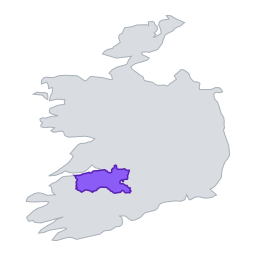 location of Limerick within Ireland
{"feature_id": "IRL-726", "entity_name": "Limerick", "entity_type": "County", "adm_level": 1, "iso_a3": "IRL", "parent_name": "Ireland", "parent_adm1": "", "projection": "equal_earth", "projection_center": [-8.682, 52.516], "detail": "fine", "context": "in_parent", "style": "filled", "palette": "violet", "viewbox_px": 256, "rotation_deg": 0, "n_neighbors": 0, "source": "natural_earth", "source_scale": "10m", "svg_char_len": 6917}
<svg xmlns="http://www.w3.org/2000/svg" viewBox="0 0 256 256"><path d="M173.0,30.8L165.8,34.4L164.7,35.8L162.7,41.3L162.5,42.9L158.0,49.1L155.5,50.4L151.7,51.4L149.5,52.4L146.8,51.9L143.3,52.0L141.6,53.1L141.7,53.9L142.7,54.9L149.1,57.8L148.8,58.9L147.0,60.3L135.5,63.6L132.1,65.7L130.9,67.0L132.1,69.2L141.3,75.9L142.9,76.7L144.3,80.6L152.4,82.2L155.7,84.7L158.6,85.3L164.8,85.1L167.3,86.0L168.7,85.3L169.5,84.0L176.4,79.2L174.2,75.7L181.2,69.6L183.1,69.7L186.4,71.5L189.2,74.1L190.1,77.5L192.7,80.7L194.4,81.7L198.8,82.3L199.9,83.6L199.2,88.1L199.8,89.6L211.2,89.5L215.7,87.5L219.7,87.8L221.7,89.9L222.6,91.9L219.2,92.7L215.6,92.3L213.9,93.7L213.9,96.3L215.1,99.7L217.5,102.1L219.5,107.6L221.2,113.6L223.7,117.3L224.3,121.8L224.0,124.0L224.5,128.1L223.5,129.5L224.3,133.3L228.7,145.5L229.7,155.0L227.7,158.6L225.0,162.0L223.3,166.0L222.0,170.4L221.3,177.5L215.4,185.7L212.9,187.8L210.0,189.1L216.5,194.9L211.3,197.5L205.5,198.3L199.1,196.8L195.2,197.0L190.2,200.0L189.0,199.5L186.6,194.7L184.9,199.6L181.2,201.2L174.9,200.9L164.4,202.2L160.4,203.6L158.7,205.8L157.5,208.3L155.8,209.8L154.0,210.6L145.9,212.5L144.3,213.3L140.5,217.4L135.6,219.8L131.5,220.5L127.8,218.1L126.3,216.6L124.6,215.9L119.1,216.0L120.8,216.8L122.0,218.4L122.5,221.7L121.9,224.9L119.2,226.5L115.9,226.8L110.7,230.1L103.8,231.0L100.1,234.0L77.3,239.2L76.0,239.2L72.9,237.9L69.5,237.3L66.1,237.8L56.6,240.6L52.0,240.1L57.9,232.9L65.8,229.3L66.6,228.3L64.1,227.8L49.0,230.3L43.8,232.5L38.6,233.1L41.0,229.8L47.8,225.4L53.6,222.4L56.1,219.8L63.2,216.9L40.4,223.0L34.4,222.2L33.0,220.5L28.4,221.3L26.6,217.2L33.6,210.9L37.7,208.3L42.4,206.8L47.0,204.7L48.8,202.2L46.6,201.4L32.9,202.0L26.3,201.5L26.7,199.5L27.9,197.2L34.8,193.4L38.4,192.8L41.7,193.2L47.5,195.4L55.3,194.7L52.1,192.2L51.5,187.3L49.1,185.6L52.3,183.4L55.9,182.0L61.9,177.2L64.1,176.5L76.0,175.4L88.8,172.9L101.5,169.5L95.0,167.6L91.9,165.0L86.9,170.1L83.3,172.1L73.1,173.1L69.8,172.6L65.3,171.0L63.9,171.6L62.5,172.8L55.8,175.3L48.7,175.9L57.0,171.3L67.5,163.5L69.8,161.1L73.2,156.8L72.1,154.9L70.0,153.8L77.6,145.1L80.3,143.5L85.1,143.2L88.7,141.9L90.2,141.9L91.6,141.3L94.8,138.7L90.0,137.1L85.0,136.2L69.7,137.1L67.7,136.9L65.8,136.1L64.5,135.0L63.6,132.0L62.5,131.3L59.1,131.3L55.6,132.2L53.3,132.1L50.9,130.8L54.7,127.8L49.9,127.1L45.0,127.7L41.0,126.8L40.9,124.9L42.7,123.0L40.4,121.2L39.9,118.9L42.5,117.8L45.2,118.2L51.0,116.5L58.2,115.7L52.0,114.1L49.5,112.6L49.4,110.5L49.9,108.6L57.2,105.5L64.9,104.1L64.3,102.1L64.9,99.8L57.1,99.2L49.4,100.8L50.3,96.5L52.2,92.7L52.5,90.2L52.2,87.5L48.6,88.6L48.2,84.8L46.7,82.2L41.4,84.0L41.5,80.6L43.1,78.2L45.9,77.1L48.6,77.6L53.8,77.5L58.7,75.7L65.8,75.3L77.2,75.8L84.9,80.9L86.9,80.0L90.1,76.8L91.5,76.4L103.3,77.8L110.6,79.7L112.5,79.1L111.5,75.5L109.0,73.1L112.1,69.8L115.9,67.7L118.5,66.6L124.4,65.2L127.0,63.9L128.7,59.8L131.4,56.3L116.6,58.1L102.5,54.0L104.7,51.2L107.7,49.5L112.8,48.3L113.3,46.8L115.9,45.5L120.2,42.2L118.6,37.9L119.4,34.8L122.5,32.8L123.5,29.9L124.8,27.7L131.1,26.9L137.1,25.0L146.3,24.7L148.7,25.5L148.2,22.0L152.5,21.5L154.2,22.2L155.0,24.7L157.0,26.3L157.6,29.1L156.3,31.2L154.1,32.9L156.1,34.6L153.0,37.6L156.4,36.3L161.2,33.3L160.9,30.9L160.1,27.8L158.7,25.0L159.3,22.0L162.0,20.1L169.1,19.1L166.2,15.7L168.8,15.4L171.6,16.1L175.8,18.8L184.6,22.6L180.4,25.9L175.1,28.2L173.0,30.8ZM47.9,97.9L47.7,99.6L44.3,97.5L42.6,95.2L33.3,94.2L37.2,92.0L39.1,92.6L45.7,92.7L47.6,93.7L47.9,97.9Z" fill="#d9dde1" stroke="#a8b0b8" stroke-width="1"/><path d="M74.5,175.6L75.1,175.7L75.8,175.4L78.7,175.5L80.4,175.2L81.2,175.0L81.8,174.5L82.5,174.1L88.1,172.7L89.0,172.3L89.4,172.9L90.2,173.1L91.2,172.9L91.9,172.7L92.1,172.3L92.4,171.8L92.8,171.3L93.3,171.1L101.5,170.3L103.0,169.9L103.6,169.9L104.4,169.8L105.1,169.9L105.7,170.3L105.9,170.9L106.2,171.1L107.0,171.0L108.0,172.4L110.7,172.8L111.8,171.7L111.6,169.7L112.0,169.4L112.3,169.1L112.5,168.7L112.6,168.4L113.1,168.2L113.4,168.2L113.8,168.1L114.1,167.9L114.4,167.7L114.5,167.0L114.3,166.3L114.3,165.7L115.8,165.1L116.3,165.8L116.5,166.2L116.6,166.8L116.6,167.1L116.8,168.2L116.8,168.4L117.1,169.0L117.6,169.1L118.6,169.3L122.5,169.3L124.0,168.8L124.4,168.8L124.8,169.0L125.6,169.4L125.9,169.7L126.0,170.0L126.8,170.4L129.3,170.3L129.1,171.4L128.9,171.9L128.5,172.9L128.4,173.2L128.2,174.4L128.1,174.7L127.9,175.0L127.6,175.3L127.5,175.5L127.4,175.7L127.6,176.3L127.6,176.8L127.7,177.7L127.6,178.1L127.6,178.5L127.4,178.9L127.3,179.1L127.2,179.2L127.1,179.3L126.9,179.3L126.6,179.4L126.3,179.3L125.8,179.2L125.5,179.2L125.0,179.3L124.3,179.6L123.5,179.9L123.5,180.0L123.4,180.5L123.4,181.2L123.3,181.5L123.0,181.7L122.8,181.6L122.6,181.5L122.6,181.2L122.6,180.6L122.6,180.3L122.5,180.1L122.4,180.0L122.3,179.9L122.2,179.8L121.9,179.8L121.7,179.8L121.4,180.0L121.0,180.3L120.4,180.7L120.3,180.9L120.2,181.1L120.1,181.3L120.1,181.5L120.0,182.2L119.8,182.6L119.8,182.8L119.9,183.1L120.4,183.5L120.7,183.6L120.8,183.7L121.1,183.6L121.5,183.7L122.0,183.8L122.3,183.8L122.9,183.8L123.3,183.9L123.7,184.1L125.5,185.4L125.9,185.5L126.8,185.4L127.1,185.7L127.4,186.1L128.0,187.2L128.4,187.6L128.8,187.8L130.1,187.9L130.3,188.1L130.3,188.5L129.9,190.0L129.8,190.3L130.1,190.5L130.3,190.6L130.6,190.7L130.7,190.9L130.9,191.0L130.8,191.3L130.7,191.6L129.5,192.9L128.9,192.5L128.6,192.5L128.2,192.5L126.1,192.8L125.8,192.8L125.4,192.8L124.9,192.5L124.7,192.3L124.5,192.1L124.4,191.9L124.1,191.3L124.0,191.1L123.9,191.0L123.7,190.8L123.4,190.7L122.7,190.5L122.3,190.6L121.9,190.8L121.7,191.1L121.5,191.3L121.4,191.5L120.8,191.8L120.3,192.3L119.9,192.4L117.9,192.6L115.7,193.1L114.8,193.1L113.9,192.9L113.5,192.8L113.2,192.6L112.4,191.7L112.2,191.5L111.9,191.4L111.0,191.2L110.7,191.0L110.4,190.9L110.3,190.7L110.1,190.4L109.9,190.0L109.8,189.8L109.6,189.6L109.4,189.5L109.2,189.4L108.5,189.2L108.3,189.1L108.1,189.0L107.8,188.6L107.7,188.5L107.5,188.3L107.3,188.2L107.2,188.0L107.1,187.8L106.9,187.4L106.5,187.3L105.8,187.2L104.1,187.3L101.0,187.1L100.6,187.1L98.8,188.1L98.4,188.6L98.2,188.7L98.0,188.8L97.7,188.9L97.3,189.1L97.2,189.3L97.0,189.7L96.9,189.9L96.8,190.0L96.6,190.2L96.5,190.4L96.3,190.5L93.4,191.2L92.8,191.4L92.5,191.7L92.6,191.8L92.8,192.0L92.6,192.2L91.8,191.9L91.3,191.6L90.6,191.0L90.2,190.8L87.6,190.2L86.3,190.0L85.7,189.9L85.4,189.9L84.8,190.2L82.8,191.6L81.3,192.1L80.7,191.4L80.6,191.2L80.3,191.0L80.1,190.9L79.4,190.7L78.7,190.3L77.9,190.2L77.7,190.1L77.5,189.9L77.3,189.6L77.0,189.3L76.8,189.1L76.0,188.9L75.9,188.7L75.9,188.2L76.2,188.0L76.9,187.8L77.0,187.6L77.1,187.4L77.2,187.2L76.9,186.9L76.8,186.7L76.2,186.3L76.1,186.2L76.0,185.9L76.1,185.7L76.2,185.2L76.3,185.0L76.5,184.7L76.8,184.5L76.9,184.3L76.9,184.1L76.8,183.7L76.6,183.5L76.4,183.3L76.2,183.0L76.1,182.8L76.1,182.5L76.2,182.0L76.4,181.8L76.5,181.5L76.6,181.1L76.7,180.9L76.8,180.7L77.0,180.6L77.3,180.3L77.4,180.0L77.4,179.6L77.2,179.3L77.0,179.0L76.4,178.6L76.0,178.2L75.6,177.6L75.5,177.1L75.4,176.6L74.8,175.9L74.5,175.6Z" fill="#8b5cf6" stroke="#5b21b6" stroke-width="1.5"/></svg>